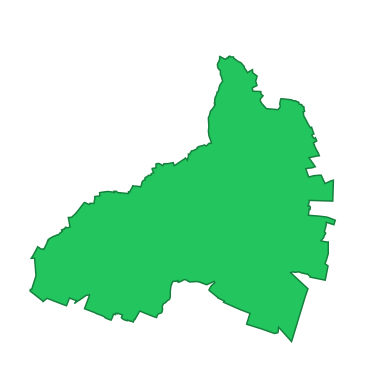 Oradea, Bihor, Romania (Albers equal-area conic projection), rotated 280°
{"feature_id": "2599482B8736220817174", "entity_name": "Oradea", "entity_type": "district", "adm_level": 2, "iso_a3": "ROU", "parent_name": "Romania", "parent_adm1": "Bihor", "projection": "albers", "projection_center": [21.942, 47.075], "detail": "fine", "context": "isolated", "style": "filled", "palette": "green", "viewbox_px": 384, "rotation_deg": 280, "n_neighbors": 0, "source": "geoboundaries", "source_scale": "gbopen_adm2", "svg_char_len": 5970}
<svg xmlns="http://www.w3.org/2000/svg" viewBox="0 0 384 384"><g transform="rotate(280 192 192)"><path d="M276.6,298.5L275.8,297.4L279.2,294.4L281.6,292.7L286.3,288.9L290.2,287.6L290.9,288.9L291.6,288.5L292.9,288.1L293.5,287.6L293.9,287.8L295.2,287.5L295.5,287.0L295.5,286.1L295.6,285.9L296.4,285.5L297.1,284.7L297.2,284.1L297.0,283.3L297.1,282.6L297.5,282.0L297.8,281.9L298.4,281.9L298.7,281.7L298.9,281.5L298.9,281.1L299.2,280.6L299.1,280.1L299.8,278.1L299.4,275.7L300.1,274.2L299.4,263.7L299.0,263.2L293.8,263.1L292.1,264.0L290.3,263.8L288.0,262.2L287.0,250.8L291.7,244.9L294.1,243.2L295.9,243.4L299.1,245.3L300.6,242.8L302.9,242.4L301.8,234.4L304.8,233.4L305.5,233.8L307.3,236.5L307.9,237.2L308.3,237.5L312.2,235.5L317.5,236.0L319.9,231.1L323.0,230.3L319.2,225.8L320.4,224.8L321.2,224.3L322.9,222.3L324.8,221.5L326.9,218.9L327.9,217.6L328.2,216.5L328.4,215.4L328.9,214.1L331.0,209.9L332.2,209.4L331.7,206.6L332.3,206.0L332.3,205.3L331.7,204.6L331.6,204.8L331.1,204.6L331.2,204.4L330.8,204.2L330.5,204.4L329.9,204.1L330.3,203.6L329.8,202.8L328.4,201.8L330.3,195.8L329.9,195.7L328.5,196.1L327.0,196.1L325.4,195.8L323.5,195.1L321.9,194.9L320.6,195.3L319.6,195.5L318.5,196.2L317.6,197.0L316.9,198.3L316.9,198.6L316.1,198.9L314.3,199.2L313.8,199.5L312.5,199.6L309.8,201.5L309.2,201.6L307.2,202.6L306.5,202.9L306.0,202.8L304.3,201.8L303.5,201.5L302.5,201.0L300.5,200.6L296.4,200.5L295.4,200.1L294.8,199.4L294.5,199.3L292.7,199.4L289.9,198.7L289.2,198.4L289.1,198.6L286.8,198.3L284.5,199.0L284.3,198.5L282.7,198.8L282.8,199.3L282.2,199.6L279.4,198.7L277.2,197.6L276.9,197.6L275.5,196.5L274.8,196.2L271.7,195.9L270.3,195.9L269.1,195.6L268.7,195.3L267.5,195.3L259.0,197.3L256.4,197.4L254.3,197.7L250.7,198.8L250.0,199.1L245.3,201.8L245.2,201.6L245.3,201.9L245.2,202.0L244.5,202.2L243.5,202.7L243.3,202.5L243.2,202.3L243.0,202.1L243.2,201.5L243.2,201.0L243.1,200.8L242.2,199.7L240.8,199.0L239.9,197.8L240.5,196.0L239.4,194.2L237.9,190.7L237.3,190.0L236.7,189.4L236.1,189.9L234.5,188.3L233.2,186.3L232.9,185.8L232.7,184.9L232.4,184.4L231.7,184.2L230.3,183.5L228.7,183.3L228.7,181.9L226.4,182.3L222.4,181.8L224.4,179.7L223.2,178.7L215.2,170.4L215.0,169.6L217.7,168.5L215.7,163.3L215.0,159.5L212.8,158.6L213.6,157.0L214.3,154.7L214.3,153.9L214.1,153.3L213.8,152.7L213.6,151.9L212.8,151.7L209.7,152.4L209.4,152.0L208.3,148.7L207.6,148.8L206.6,149.3L204.5,150.9L203.8,149.9L202.7,148.6L202.1,148.9L201.7,148.8L201.2,148.1L200.8,146.2L199.6,145.3L198.8,144.5L198.5,144.1L198.3,143.5L197.5,143.2L197.4,143.3L195.7,143.6L195.0,142.2L193.7,141.3L192.5,141.0L191.1,141.1L188.1,140.6L188.3,139.2L188.1,138.4L188.2,137.8L188.0,135.3L187.7,134.8L187.9,132.6L186.0,132.3L182.6,130.9L181.3,130.9L181.2,129.4L179.4,129.6L178.6,119.2L178.8,118.2L179.1,117.9L179.6,117.6L179.4,117.2L179.2,115.1L178.0,115.5L177.9,114.9L178.2,114.8L177.9,108.9L175.8,102.3L175.2,101.1L172.3,102.0L172.0,101.4L170.7,97.1L168.7,97.4L165.1,97.4L164.1,97.6L163.8,97.3L163.6,96.4L163.2,93.6L161.8,93.1L163.0,88.2L162.9,87.7L153.5,82.8L149.5,80.4L146.5,78.0L145.9,77.1L145.6,75.2L145.4,74.6L142.4,75.8L139.9,76.6L137.6,77.5L136.5,78.0L136.3,77.5L135.7,76.9L135.2,75.8L135.1,74.5L135.4,74.1L135.5,73.9L135.2,73.5L134.9,73.5L134.4,73.1L133.9,73.1L133.3,72.8L133.2,71.9L132.5,71.2L132.5,70.9L132.1,70.2L131.1,71.2L130.6,70.4L130.2,70.3L129.6,70.3L129.4,70.1L128.9,69.4L128.4,68.9L127.7,68.7L127.3,68.4L126.7,67.6L126.4,66.7L125.7,65.8L125.0,64.6L123.9,62.9L121.2,59.5L119.6,58.9L119.8,58.6L117.8,58.1L117.6,58.3L109.7,56.0L110.1,55.2L109.5,53.5L111.3,49.6L101.8,46.5L98.8,45.2L99.4,48.5L82.4,52.9L68.2,51.0L68.0,50.3L68.0,49.7L66.4,49.7L58.7,64.1L58.4,64.1L58.2,64.3L62.1,67.7L62.1,67.9L59.1,83.0L58.2,88.1L66.4,89.8L66.2,90.3L64.8,97.3L61.7,95.5L65.9,99.5L65.9,99.8L71.2,105.1L71.8,105.9L73.0,108.7L72.4,109.0L58.4,106.4L56.3,117.3L55.6,119.3L54.8,124.2L54.0,127.1L52.8,128.9L51.7,134.5L52.8,134.9L54.2,135.3L58.2,135.9L57.9,137.9L59.4,138.2L59.1,139.9L59.7,140.0L58.8,144.8L56.1,144.3L56.0,144.8L55.2,145.1L54.9,146.2L54.3,147.7L54.0,150.6L54.7,150.8L54.1,153.7L54.1,155.1L53.8,156.8L56.7,157.3L56.5,157.9L65.7,161.2L64.2,168.0L62.4,176.9L62.2,178.9L63.2,179.1L63.8,179.0L64.8,179.3L66.0,179.9L67.6,182.7L68.0,183.1L69.7,183.4L71.6,183.4L72.2,183.2L73.6,182.6L74.1,182.5L76.0,183.0L77.3,183.5L77.7,183.9L78.3,185.1L80.6,186.5L82.3,188.4L84.0,188.8L85.6,188.7L91.1,187.8L95.8,187.6L96.9,187.8L97.3,188.0L98.3,187.9L99.2,188.4L100.7,188.8L101.2,190.8L101.4,192.2L102.3,193.1L102.4,193.6L100.7,194.0L101.3,195.4L102.1,196.7L104.0,198.9L104.5,200.4L104.5,201.1L103.5,203.7L103.0,205.3L104.6,212.0L104.7,214.5L103.2,222.5L106.9,228.0L107.8,229.1L106.7,230.3L103.8,227.9L102.7,227.1L98.5,225.7L98.0,226.1L92.3,236.3L92.1,236.2L90.2,242.8L88.9,242.2L84.7,259.3L82.5,270.2L71.9,268.8L71.3,268.8L71.2,268.9L69.4,283.2L67.0,297.9L68.3,300.9L68.7,301.1L73.9,300.8L62.0,316.0L62.5,316.1L108.1,321.6L116.8,323.0L129.7,303.1L129.9,303.4L130.1,304.0L130.9,305.2L130.8,307.3L131.9,311.2L131.3,314.5L131.1,319.7L131.2,320.1L129.4,322.9L128.7,323.0L128.3,338.5L142.8,338.8L144.5,335.5L145.1,335.4L147.8,336.1L155.0,336.9L166.4,334.9L166.3,334.6L166.1,331.8L166.2,329.2L166.4,327.4L169.9,329.6L170.7,329.7L171.6,329.6L173.8,330.7L174.8,330.7L175.1,330.5L175.6,329.4L175.8,329.3L182.7,329.9L184.5,329.6L185.5,329.6L184.4,337.4L189.1,338.0L190.5,330.9L190.7,328.9L190.4,322.5L189.3,310.7L195.1,310.3L195.1,311.0L195.5,311.0L195.5,311.3L197.6,311.2L198.6,310.3L198.6,310.1L198.4,309.9L198.3,309.6L198.4,309.4L198.4,308.8L201.9,309.1L204.1,308.9L207.5,332.2L228.2,329.2L227.0,326.7L223.4,321.5L231.0,316.3L230.5,313.9L229.4,309.8L229.1,308.8L227.0,304.4L234.3,300.2L234.7,300.0L235.8,302.8L236.2,304.6L237.1,307.0L238.1,308.4L238.3,309.0L246.1,301.2L249.1,308.8L249.8,311.1L252.4,309.5L255.3,307.1L259.4,304.2L260.0,304.2L260.0,303.8L260.9,303.2L261.6,303.2L263.9,306.0L264.0,306.0L266.9,304.1L265.7,303.1L267.5,301.1L268.9,300.2L269.4,300.4L270.4,302.0L273.4,300.2L276.6,298.5Z" fill="#22c55e" stroke="#15803d" stroke-width="1.5"/></g></svg>